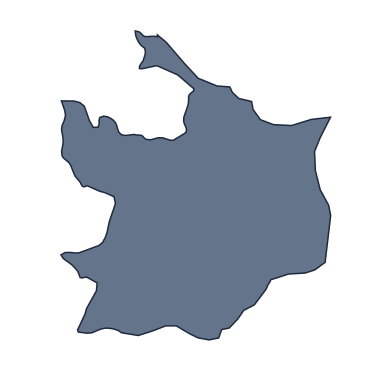 Beyla, orthographic projection, rotated 187°
{"feature_id": "GIN-5627", "entity_name": "Beyla", "entity_type": "Prefecture", "adm_level": 1, "iso_a3": "GIN", "parent_name": "Guinea", "parent_adm1": "", "projection": "orthographic", "projection_center": [-8.118, 8.717], "detail": "fine", "context": "isolated", "style": "filled", "palette": "slate", "viewbox_px": 384, "rotation_deg": 187, "n_neighbors": 0, "source": "natural_earth", "source_scale": "10m", "svg_char_len": 2200}
<svg xmlns="http://www.w3.org/2000/svg" viewBox="0 0 384 384"><g transform="rotate(187 192 192)"><path d="M244.7,43.7L248.3,45.5L252.9,46.5L257.8,46.7L261.7,46.3L266.1,44.7L274.3,40.0L278.8,39.1L287.7,39.1L288.8,40.9L283.2,58.3L282.5,63.4L274.8,82.3L275.1,90.2L286.0,94.6L288.7,94.1L290.8,93.2L292.6,93.5L295.6,99.1L297.9,101.5L302.7,105.3L311.7,110.3L314.4,113.6L314.1,113.8L310.7,116.4L305.5,117.2L301.3,117.2L297.1,117.7L277.8,127.6L274.6,131.0L272.5,136.4L271.4,141.5L270.5,152.2L266.6,171.1L268.8,177.8L278.6,180.8L283.4,181.4L296.3,185.3L297.3,185.2L299.5,184.0L300.8,184.0L302.2,185.0L303.9,187.7L305.0,188.9L309.0,192.5L310.5,194.3L315.7,203.7L317.7,206.1L323.7,210.1L325.3,212.0L326.4,216.1L325.9,224.5L326.4,229.1L329.1,238.1L329.1,241.9L327.5,247.4L326.9,252.6L328.2,257.3L332.7,266.5L320.2,267.9L314.2,267.1L309.3,264.0L302.5,250.3L297.9,244.1L293.2,244.9L292.4,248.2L293.0,251.8L292.6,254.8L288.9,256.5L285.3,256.4L281.8,255.3L278.7,253.6L276.4,251.5L274.7,248.6L273.5,245.5L272.0,242.6L269.4,240.5L266.3,239.9L263.0,240.4L256.6,242.1L254.6,241.8L250.8,242.1L249.0,242.0L247.6,241.3L245.3,239.2L243.4,238.6L239.1,238.9L231.9,241.8L227.5,242.2L219.8,240.7L216.8,241.1L206.3,249.4L205.1,250.9L205.1,253.6L206.2,255.9L207.7,258.3L208.9,261.1L209.2,265.5L206.5,278.0L206.5,282.0L207.0,286.1L206.4,288.6L202.9,292.4L202.6,294.6L220.5,306.5L241.5,312.9L243.6,312.7L256.6,308.2L259.2,308.1L259.4,310.3L258.2,313.3L256.6,316.0L255.3,322.6L255.4,325.9L256.6,329.0L260.6,331.4L264.2,335.4L266.8,340.2L267.4,342.4L268.0,344.9L264.2,344.6L261.6,343.0L259.5,341.2L257.4,340.5L248.4,342.0L245.1,341.9L245.5,343.7L236.0,337.6L215.2,318.7L199.7,305.6L180.2,300.3L167.3,300.9L164.0,295.7L156.9,290.5L143.9,289.1L141.4,281.3L132.9,272.1L119.3,268.8L101.2,270.1L82.4,278.6L63.6,283.1L66.9,274.0L71.4,261.5L75.3,247.1L72.1,228.1L65.0,209.8L54.7,195.4L51.5,185.5L51.3,138.4L60.5,129.7L69.7,125.4L86.3,122.3L95.5,118.0L103.2,114.5L103.4,113.3L103.8,112.1L105.6,108.4L106.0,106.3L106.8,104.2L116.3,87.7L126.2,80.8L131.1,71.5L138.5,61.5L145.8,59.1L147.7,50.4L156.9,47.3L167.9,47.9L177.1,51.0L191.2,57.2L201.6,56.0L214.4,49.2L227.9,43.0L244.7,43.7Z" fill="#64748b" stroke="#1e293b" stroke-width="1.5"/></g></svg>